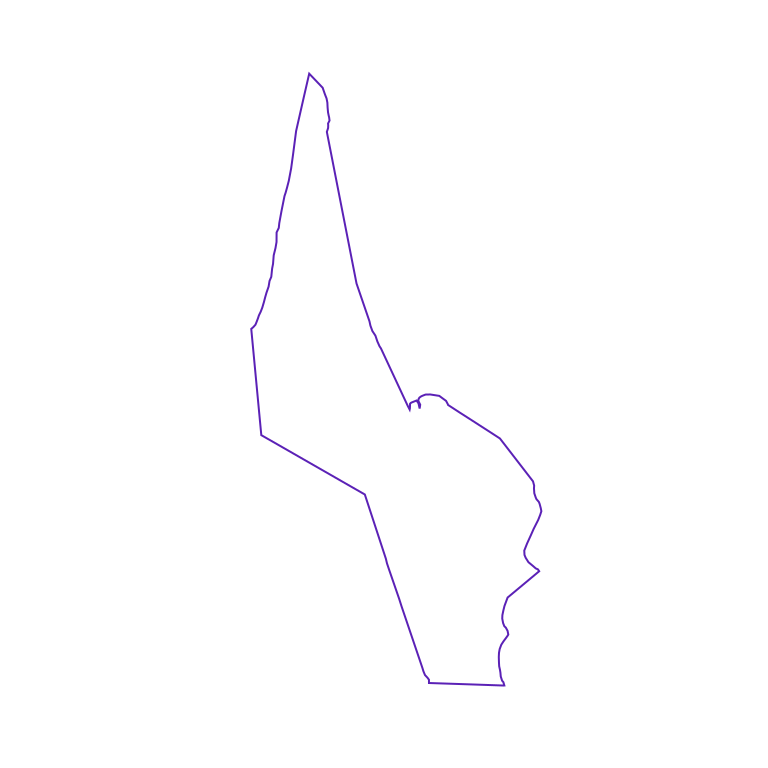 outline of Sitio de Xitlapehua, Oaxaca, Mexico, rotated 349°
{"feature_id": "50627088B78797893592894", "entity_name": "Sitio de Xitlapehua", "entity_type": "district", "adm_level": 2, "iso_a3": "MEX", "parent_name": "Mexico", "parent_adm1": "Oaxaca", "projection": "robinson", "projection_center": [-96.535, 16.367], "detail": "fine", "context": "isolated", "style": "outline", "palette": "violet", "viewbox_px": 768, "rotation_deg": 349, "n_neighbors": 0, "source": "geoboundaries", "source_scale": "gbopen_adm2", "svg_char_len": 2030}
<svg xmlns="http://www.w3.org/2000/svg" viewBox="0 0 768 768"><g transform="rotate(349 384 384)"><path d="M487.4,459.6L483.9,456.2L461.4,434.6L452.8,426.4L442.9,416.8L442.8,416.0L441.7,412.4L439.0,409.5L436.0,406.2L427.4,403.1L422.7,402.3L419.4,402.9L418.2,403.2L416.2,404.1L415.2,405.2L414.5,406.8L414.4,406.9L415.6,411.2L414.3,414.9L414.2,411.1L414.2,409.8L413.6,408.2L413.0,407.1L413.0,406.5L412.9,406.4L407.7,407.4L406.7,407.7L405.8,408.4L405.7,408.6L405.7,408.9L404.8,412.8L404.3,414.0L403.1,409.9L387.8,348.5L386.8,346.1L385.6,340.9L384.8,334.9L382.7,329.8L381.8,324.1L381.7,319.7L376.2,280.1L376.0,125.6L377.3,123.3L378.0,122.0L378.6,119.4L378.8,117.6L380.8,115.0L381.0,111.9L380.9,109.4L380.9,106.6L381.4,101.8L382.1,97.0L382.1,92.7L381.5,89.5L381.2,87.7L380.3,81.4L379.8,80.7L369.8,65.1L360.6,85.8L346.0,118.9L338.5,141.4L334.0,154.6L329.3,166.4L326.3,172.7L323.9,177.5L322.2,180.5L316.4,194.6L311.9,206.1L310.5,210.7L307.5,214.7L305.6,224.1L303.4,229.9L300.3,236.6L298.0,244.9L296.2,249.4L293.8,257.3L291.3,261.0L289.3,266.4L286.1,271.9L284.0,276.0L281.7,280.8L279.1,285.8L276.7,289.6L274.3,292.8L272.8,295.5L270.3,299.5L269.1,301.3L266.6,303.2L264.2,304.6L253.8,410.8L344.1,488.8L352.5,555.9L352.7,560.6L353.6,567.4L357.9,597.9L358.8,605.6L367.6,670.6L367.6,670.8L367.9,673.6L368.7,677.5L370.8,680.9L371.7,682.9L371.1,686.1L413.0,695.7L443.8,702.8L444.6,702.9L444.3,699.5L443.3,697.7L442.8,693.4L443.2,689.6L443.3,686.7L443.2,683.1L443.7,679.4L444.6,673.9L445.6,669.8L447.0,666.2L449.4,662.3L452.1,659.5L457.0,655.0L458.2,653.7L458.2,649.9L457.1,646.4L455.9,644.7L455.3,641.4L455.3,636.9L456.1,633.5L458.0,629.0L459.9,624.9L463.0,619.8L464.6,617.2L500.6,597.4L499.7,595.3L497.8,594.0L495.8,591.4L494.1,589.3L491.8,586.5L489.9,581.6L489.3,578.6L489.9,574.3L494.0,567.9L499.0,560.9L503.4,554.6L509.4,546.9L512.4,542.2L514.2,538.9L514.2,535.8L513.9,531.4L513.6,529.7L513.4,529.1L511.7,526.2L511.3,524.5L510.7,520.0L511.3,515.1L512.0,512.4L511.7,508.0L487.4,459.6Z" fill="none" stroke="#5b21b6" stroke-width="2"/></g></svg>